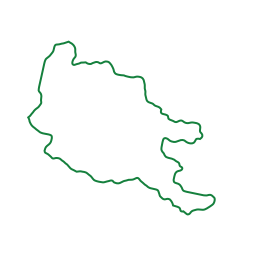 Moca, Espaillat, Dominican Republic (Mercator projection), rotated 102°
{"feature_id": "3306468B60047889099268", "entity_name": "Moca", "entity_type": "district", "adm_level": 2, "iso_a3": "DOM", "parent_name": "Dominican Republic", "parent_adm1": "Espaillat", "projection": "mercator", "projection_center": [-70.493, 19.469], "detail": "fine", "context": "isolated", "style": "outline", "palette": "green", "viewbox_px": 256, "rotation_deg": 102, "n_neighbors": 0, "source": "geoboundaries", "source_scale": "gbopen_adm2", "svg_char_len": 5816}
<svg xmlns="http://www.w3.org/2000/svg" viewBox="0 0 256 256"><g transform="rotate(102 128 128)"><path d="M167.6,204.9L168.7,204.4L169.0,204.2L169.3,203.9L169.6,203.1L170.1,201.3L170.4,200.5L172.1,197.5L173.0,196.3L173.3,195.7L173.4,195.3L173.3,194.4L173.0,193.7L172.3,192.2L172.1,191.2L172.0,189.7L172.1,188.8L172.2,188.3L172.6,187.4L173.5,185.8L174.2,184.0L175.6,181.7L176.4,179.9L177.0,179.1L179.2,176.2L179.7,175.3L179.9,174.9L180.6,172.0L181.2,170.0L181.4,169.2L181.2,168.5L180.5,166.5L180.2,165.0L180.2,163.5L180.1,161.9L180.2,160.4L180.4,159.4L180.8,158.5L181.9,156.4L182.7,154.7L183.2,153.9L185.2,151.5L185.8,150.6L186.0,150.2L186.3,149.2L186.5,147.6L186.6,145.4L186.5,143.2L186.4,141.5L186.2,140.5L185.8,139.6L184.7,137.5L183.9,135.8L183.1,134.3L182.8,133.5L182.8,133.1L182.8,132.2L183.0,131.9L183.8,130.8L184.0,130.5L184.2,129.7L184.3,128.7L184.4,127.8L184.3,126.8L184.1,125.8L183.9,125.3L183.4,124.4L181.2,121.6L180.6,120.7L179.8,118.9L178.5,116.5L178.3,115.5L177.8,113.6L177.5,112.7L177.0,111.8L175.3,109.5L174.9,108.7L174.9,108.2L174.9,107.8L175.1,107.3L175.5,106.6L177.1,104.7L177.6,103.8L178.5,102.1L179.9,99.7L180.6,97.9L181.5,96.3L181.8,95.5L182.1,94.4L182.2,93.4L182.3,88.0L182.4,87.0L182.7,86.1L182.9,85.7L183.6,85.1L186.1,83.6L187.3,83.0L188.0,82.5L188.5,81.8L189.6,80.0L190.0,79.2L190.2,78.3L190.2,77.3L189.9,76.5L189.2,75.0L189.0,74.1L189.0,73.2L189.2,72.2L189.5,71.8L190.1,71.0L190.8,70.2L191.6,69.5L192.8,68.6L194.4,67.8L194.8,63.1L195.2,61.5L195.7,60.7L196.4,60.2L197.8,59.5L198.3,58.9L198.4,58.5L198.4,57.7L198.3,57.0L198.0,56.5L199.9,52.8L200.1,52.1L200.1,51.7L200.0,51.3L199.6,50.5L199.1,50.0L198.3,49.5L197.2,49.0L196.1,48.2L195.5,47.5L195.0,46.7L193.5,43.8L193.2,42.9L192.9,41.3L192.5,38.1L192.2,37.0L191.7,36.0L190.4,34.3L188.0,31.8L186.0,29.9L184.7,28.9L183.7,28.5L182.1,28.2L180.5,28.2L179.5,28.4L179.0,28.6L178.6,28.8L178.0,29.5L176.7,31.7L176.4,32.6L176.3,33.5L176.5,34.5L176.8,35.3L177.4,36.5L177.7,37.4L177.9,38.5L178.1,40.1L178.2,57.4L178.1,59.0L178.0,60.0L177.7,60.9L177.4,61.3L176.8,61.9L175.3,62.9L174.2,63.9L173.1,65.1L172.6,65.9L172.4,66.4L172.1,67.4L171.8,70.4L171.4,71.3L171.2,71.7L170.8,72.0L169.9,72.4L169.0,72.6L167.9,72.6L165.8,72.6L164.2,72.5L163.1,72.4L162.1,72.1L161.2,71.6L160.8,71.4L160.2,70.7L159.7,70.0L158.7,67.9L157.9,67.0L157.2,66.6L156.8,66.5L156.3,66.5L155.9,66.6L155.6,66.8L155.3,67.1L155.1,67.4L154.7,68.8L154.3,69.4L153.7,69.8L152.0,70.6L151.7,70.9L151.2,71.6L150.4,74.2L149.4,76.2L149.2,77.2L148.9,78.8L148.8,82.1L148.7,83.1L148.5,84.2L148.4,84.7L147.9,85.5L147.0,86.5L145.4,87.7L144.1,89.4L143.1,90.3L142.4,90.7L141.9,90.9L140.8,91.1L139.7,91.2L134.6,91.3L132.5,91.2L131.5,91.0L131.1,90.8L130.7,90.5L130.4,90.1L130.1,89.3L130.1,88.8L130.2,87.9L130.4,87.0L131.4,85.0L131.8,84.1L132.1,82.5L132.1,81.4L132.1,80.3L131.9,79.2L131.5,78.2L128.9,73.9L128.4,72.1L128.4,71.1L128.5,70.2L129.6,67.8L130.0,66.2L130.1,65.1L130.1,64.0L129.9,62.9L129.6,61.9L129.1,61.1L128.8,60.7L128.1,60.2L127.2,59.8L125.2,59.2L124.5,58.8L124.3,58.4L124.0,57.6L123.8,56.7L123.8,55.3L122.4,54.2L121.6,53.8L120.6,53.6L119.7,53.8L119.3,53.9L118.6,54.4L118.0,55.0L117.1,56.3L116.4,56.8L115.5,57.1L112.5,57.4L111.5,57.7L111.1,57.9L110.3,58.5L109.7,59.2L109.5,59.6L109.2,60.6L109.0,61.7L109.0,63.3L109.1,65.5L109.3,66.6L109.6,67.6L110.7,70.1L110.9,71.1L111.0,72.1L110.9,73.0L110.7,74.0L110.0,75.6L109.7,76.4L109.6,77.3L109.7,77.8L109.8,78.2L110.2,79.1L111.6,81.0L112.1,81.8L112.3,82.6L112.3,83.4L111.7,85.5L111.1,89.0L110.7,89.9L110.5,90.3L110.2,90.5L108.1,91.4L107.8,91.7L107.6,92.1L107.4,92.5L107.1,93.9L107.0,96.9L106.8,97.8L106.6,98.3L106.3,98.6L106.0,98.9L105.6,99.1L104.7,99.3L102.9,99.3L101.7,100.9L101.3,101.7L101.0,102.7L100.6,105.8L100.3,106.7L100.1,107.1L99.3,108.4L99.0,109.2L98.6,112.2L98.4,113.3L98.0,114.2L97.8,114.6L97.1,115.3L96.4,115.8L96.0,116.0L92.2,117.8L91.3,118.1L88.9,118.5L88.0,118.8L85.9,119.8L85.0,120.0L82.6,120.5L81.7,120.8L77.9,122.6L76.9,123.5L76.3,124.2L75.9,125.1L75.7,125.7L75.6,126.7L75.6,127.8L75.7,129.0L75.9,130.0L76.3,131.0L77.3,133.0L77.6,134.6L77.8,136.2L77.8,139.0L77.7,141.2L77.4,143.0L77.8,146.0L77.9,148.6L77.8,150.1L77.6,151.1L77.4,151.6L76.9,152.3L76.2,153.0L75.5,153.5L73.8,154.3L73.0,154.8L71.4,156.0L69.8,157.4L68.8,158.6L68.2,159.4L67.7,160.2L67.4,161.2L67.4,161.7L67.4,162.7L67.6,163.7L67.8,164.2L68.3,165.1L70.1,167.4L70.4,168.2L70.5,168.6L70.5,169.0L69.9,170.8L69.9,171.2L69.9,172.2L70.0,172.6L70.3,173.5L71.8,176.0L73.0,177.5L73.3,178.4L73.4,179.4L73.4,180.4L73.2,181.4L72.6,183.0L73.2,185.1L73.8,187.5L75.2,189.4L76.2,191.5L77.3,193.3L77.5,194.1L77.5,194.6L77.3,195.0L77.1,195.4L76.7,195.7L76.3,195.9L75.9,196.0L75.0,196.1L73.6,196.0L72.6,195.8L71.7,195.5L70.1,194.7L69.3,194.3L68.9,194.2L67.9,194.2L67.0,194.4L65.4,195.1L64.6,195.4L62.2,195.9L61.2,196.2L60.3,196.7L59.5,197.3L58.4,198.4L57.8,199.3L57.3,200.2L57.1,200.6L56.5,202.5L55.9,204.0L58.6,208.6L59.3,210.4L60.5,212.8L61.3,215.4L61.7,216.1L62.5,216.6L63.4,216.8L64.3,216.9L67.8,217.0L68.7,217.2L69.6,217.5L73.4,219.4L74.3,220.0L77.1,222.3L78.0,222.8L78.5,222.9L80.1,223.2L82.3,223.3L95.9,223.4L106.1,223.5L108.3,223.4L109.8,223.2L110.6,222.7L110.9,222.4L111.9,221.1L112.5,220.5L113.2,220.0L114.1,219.6L115.1,219.3L118.8,218.9L120.9,218.2L121.7,218.1L122.1,218.2L122.8,218.4L125.7,219.7L126.6,220.3L128.9,222.3L129.8,222.9L130.6,223.4L132.4,224.2L134.4,225.3L136.1,226.1L136.9,226.6L138.4,227.8L139.5,226.9L140.3,226.4L141.1,226.0L142.1,225.6L143.6,224.5L144.4,223.8L145.5,222.7L146.1,221.8L146.6,221.0L147.4,219.3L148.5,217.3L149.3,215.5L150.1,213.9L150.5,213.0L150.7,212.0L150.9,210.4L150.9,208.8L150.8,204.5L150.9,203.0L151.1,202.0L151.3,201.6L151.6,201.2L151.9,200.9L152.8,200.6L153.8,200.4L155.9,200.4L157.0,200.5L158.1,200.7L159.1,201.1L159.5,201.3L160.4,201.9L162.4,203.5L163.7,204.3L165.1,204.7L167.6,204.9Z" fill="none" stroke="#15803d" stroke-width="2"/></g></svg>